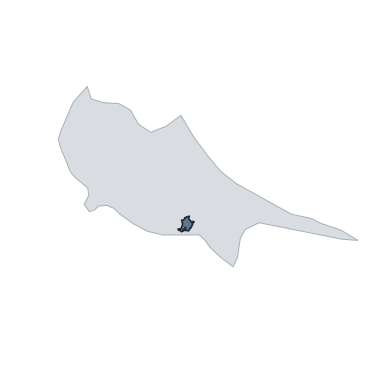 Aradippou, Larnaca, Cyprus (highlighted), rotated 47°
{"feature_id": "46923920B78088096679659", "entity_name": "Aradippou", "entity_type": "district", "adm_level": 2, "iso_a3": "CYP", "parent_name": "Cyprus", "parent_adm1": "Larnaca", "projection": "albers", "projection_center": [33.576, 34.95], "detail": "fine", "context": "in_parent", "style": "filled", "palette": "slate", "viewbox_px": 384, "rotation_deg": 47, "n_neighbors": 0, "source": "geoboundaries", "source_scale": "gbopen_adm2", "svg_char_len": 3929}
<svg xmlns="http://www.w3.org/2000/svg" viewBox="0 0 384 384"><g transform="rotate(47 192 192)"><path d="M271.1,203.6L274.7,212.9L259.7,215.6L244.6,216.6L236.2,215.4L228.3,216.0L203.8,242.4L190.6,251.3L174.9,256.7L158.8,259.8L150.8,260.2L143.7,263.5L138.7,269.6L138.6,275.5L136.4,280.4L127.6,279.4L124.0,269.7L117.8,265.5L102.2,267.6L94.6,267.2L69.8,257.8L62.4,254.0L57.8,246.1L45.3,217.6L43.4,196.7L55.3,202.2L66.4,195.8L77.3,185.3L90.0,181.1L98.0,183.0L105.8,184.9L120.1,181.6L126.3,165.9L128.4,147.8L152.3,153.1L176.6,155.9L196.5,156.9L216.1,153.9L276.1,134.4L293.0,122.7L303.4,118.8L321.6,109.0L340.6,103.6L328.5,114.8L260.2,163.9L255.8,178.4L258.9,188.4L268.6,200.5L271.1,203.6Z" fill="#d9dde1" stroke="#a8b0b8" stroke-width="1"/><path d="M205.5,218.9L206.0,219.0L206.5,219.3L206.8,219.5L207.0,219.6L207.3,219.6L207.7,219.5L207.8,219.5L207.9,219.8L207.9,220.1L208.0,220.2L208.0,220.3L208.3,220.5L208.6,220.6L208.9,220.7L209.1,220.7L209.2,220.8L209.3,220.9L209.4,221.1L209.4,221.3L209.5,221.5L209.6,221.8L209.7,222.1L209.8,222.3L209.9,222.5L210.0,222.7L210.1,222.9L210.3,223.1L210.6,223.3L210.8,223.5L211.0,223.6L211.0,223.9L211.0,224.0L211.2,224.3L211.0,224.6L210.9,224.7L211.0,224.8L211.1,225.0L210.9,225.2L210.9,225.4L211.0,225.5L211.4,225.6L211.5,225.8L211.4,226.0L211.0,226.2L210.6,226.2L210.3,226.3L210.2,226.6L210.0,226.8L209.9,227.1L209.7,227.2L209.6,227.3L209.9,227.5L210.0,227.6L210.1,227.9L210.4,228.0L210.8,228.0L211.0,227.9L211.3,227.7L211.5,227.4L211.5,227.1L211.6,226.9L211.9,226.8L212.2,226.8L212.4,226.9L212.5,227.0L213.1,227.0L213.4,227.0L213.6,226.9L213.9,226.7L214.1,226.5L214.2,226.2L214.3,226.0L214.3,225.8L214.2,225.7L214.2,225.2L214.3,225.1L214.4,224.9L214.6,225.0L214.7,224.9L214.6,224.6L214.4,224.5L214.0,224.5L213.8,224.5L213.5,224.5L213.3,224.5L213.3,224.3L213.3,224.1L213.4,223.9L213.6,223.7L213.9,223.5L214.2,223.5L214.5,223.6L214.9,223.5L214.7,223.3L214.7,223.2L214.6,222.8L214.7,222.7L215.0,222.8L215.0,222.5L214.8,222.3L214.7,222.2L214.4,222.1L214.1,222.0L213.9,221.9L213.6,221.7L213.4,221.6L213.3,221.4L213.2,221.2L213.4,221.1L213.7,220.9L213.9,221.1L214.0,221.3L214.2,221.5L214.4,221.7L214.6,221.9L214.8,222.1L215.0,222.2L215.2,222.4L215.4,222.5L215.7,222.7L215.9,222.7L216.0,222.7L216.2,222.4L216.3,222.4L216.6,222.3L216.7,222.2L216.9,222.1L217.0,222.0L217.1,221.8L217.2,221.6L217.3,221.5L217.5,221.3L217.8,221.3L217.9,221.2L218.0,221.2L218.2,220.7L218.1,220.4L217.9,220.4L217.7,220.2L217.8,219.9L217.6,219.7L217.4,219.3L217.4,219.1L217.6,219.0L217.7,218.9L217.7,218.7L217.6,218.2L217.6,217.9L217.3,217.9L217.2,217.9L216.9,217.7L217.1,217.5L217.2,217.4L217.3,217.2L217.5,217.1L217.4,216.9L217.2,216.8L217.1,216.6L217.0,216.2L217.1,215.8L217.1,215.6L216.9,215.4L216.7,215.3L216.5,215.2L216.5,214.9L216.4,214.7L216.3,214.2L216.2,214.1L216.0,213.9L216.0,213.7L216.0,213.4L216.0,213.2L216.0,212.9L215.9,212.8L215.6,212.7L215.4,212.6L215.2,212.4L215.2,212.1L215.0,211.9L215.0,211.7L215.3,211.3L215.3,211.0L215.0,211.1L214.6,211.1L214.3,211.2L214.3,211.3L214.2,211.4L214.0,211.5L213.9,211.7L213.9,211.8L213.9,212.0L214.0,212.1L213.9,212.3L213.9,212.6L213.9,212.8L213.9,213.1L213.6,212.9L213.3,212.9L213.0,212.9L212.7,212.7L212.3,212.7L211.8,212.6L211.4,212.6L211.1,212.7L210.7,212.9L210.4,213.0L210.3,212.9L210.1,212.8L209.9,212.8L209.6,212.7L209.4,212.4L209.2,212.2L209.0,211.9L208.9,211.8L208.5,211.7L208.3,211.7L208.2,211.6L208.0,211.4L208.0,211.2L208.1,210.9L208.2,210.7L207.9,210.5L207.7,210.5L207.6,210.8L207.6,211.0L207.4,211.3L207.3,211.6L207.2,211.7L207.2,211.9L207.2,212.1L206.9,212.3L206.6,212.5L206.5,212.8L206.4,213.1L206.5,213.3L206.6,213.6L206.7,213.8L206.7,214.0L206.4,214.4L206.2,214.6L205.9,214.7L205.8,214.8L205.9,215.1L206.0,215.2L206.1,215.3L206.2,215.5L206.3,215.6L206.4,215.9L206.5,216.1L206.6,216.3L206.6,216.5L206.6,217.0L206.4,217.4L206.4,217.8L206.3,218.2L205.9,218.3L205.7,218.5L205.5,218.8L205.5,218.9Z" fill="#64748b" stroke="#1e293b" stroke-width="1.5"/></g></svg>